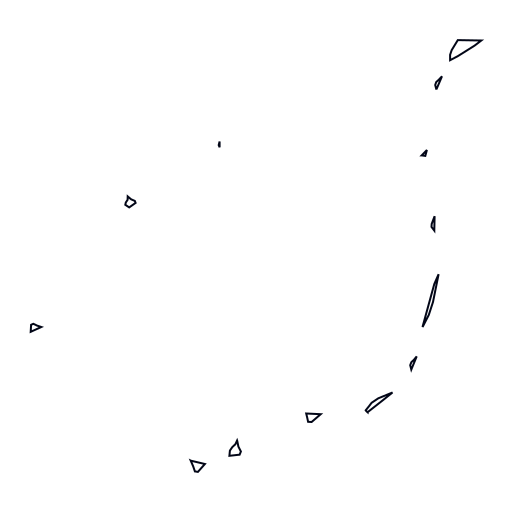 SVG path tracing the border of Laamu
{"feature_id": "MDV-5239", "entity_name": "Laamu", "entity_type": "Atoll", "adm_level": 1, "iso_a3": "MDV", "parent_name": "Maldives", "parent_adm1": "", "projection": "mercator", "projection_center": [73.461, 1.946], "detail": "fine", "context": "isolated", "style": "outline", "palette": "ink", "viewbox_px": 512, "rotation_deg": 0, "n_neighbors": 0, "source": "natural_earth", "source_scale": "10m", "svg_char_len": 1363}
<svg xmlns="http://www.w3.org/2000/svg" viewBox="0 0 512 512"><path d="M457.8,40.1L481.2,40.5L481.3,40.5L478.7,42.5L474.6,45.6L457.9,56.1L450.1,60.2L450.1,54.8L451.7,50.1L457.8,40.1ZM438.6,274.2L433.0,302.0L428.8,314.9L422.9,326.4L422.5,327.0L434.3,284.0L438.6,274.2ZM392.5,392.5L382.9,400.2L367.6,412.2L367.6,412.3L367.0,411.8L366.7,411.4L366.1,410.9L365.7,410.3L368.7,406.6L371.6,402.8L378.3,398.3L392.2,392.6L392.5,392.5ZM237.1,440.5L237.2,440.8L238.4,446.6L240.9,451.5L239.6,454.7L237.5,454.9L229.4,455.8L229.9,450.7L230.5,449.7L232.4,447.0L235.4,444.2L237.1,440.5ZM190.7,460.6L190.9,460.7L204.9,464.0L197.9,471.9L195.0,471.4L194.9,471.4L193.2,466.4L190.7,460.6ZM306.2,413.5L320.7,414.2L311.6,422.0L308.1,421.8L307.2,417.6L306.2,413.5ZM127.7,196.4L131.1,199.3L134.8,200.9L135.6,202.9L129.2,207.4L125.3,204.8L125.8,202.5L127.6,199.8L127.7,196.4ZM41.3,327.0L30.7,331.8L31.1,324.8L33.3,323.8L35.7,324.9L36.8,325.5L41.3,327.0ZM442.0,76.3L436.4,89.4L436.4,89.6L435.2,85.0L436.2,82.1L438.8,79.7L442.0,76.3ZM434.6,216.2L434.3,230.4L434.3,230.6L431.5,226.9L431.7,223.9L434.6,216.2ZM416.7,356.4L416.5,356.9L412.1,367.6L411.3,369.6L410.2,365.2L411.3,362.3L412.2,361.4L413.9,359.8L416.7,356.4ZM426.9,150.0L425.3,155.9L421.8,155.4L421.7,155.4L424.3,152.7L426.9,150.0ZM219.6,141.5L219.6,147.3L218.7,145.1L219.6,141.5Z" fill="none" stroke="#020617" stroke-width="2"/></svg>